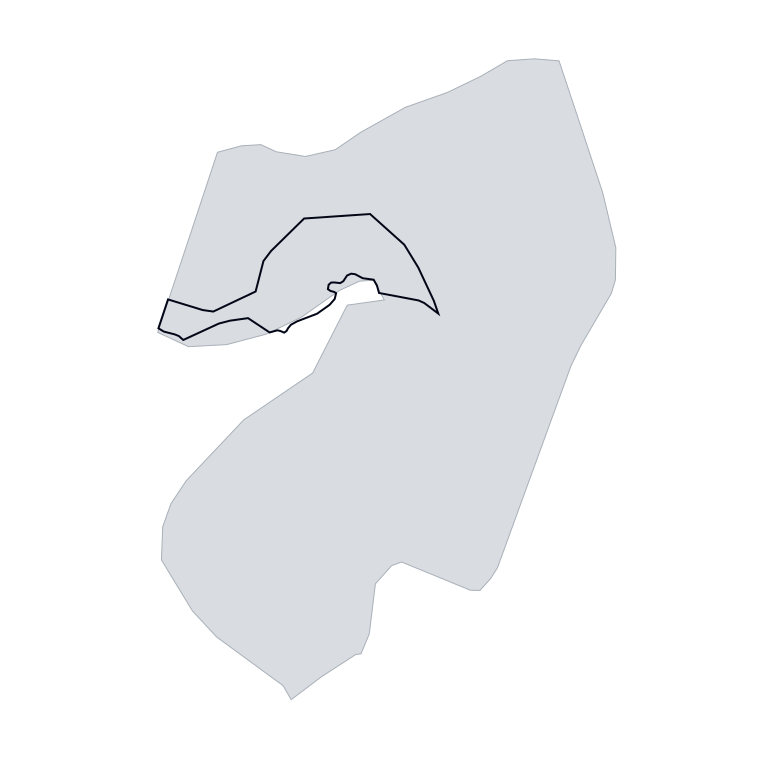 Djibouti, with Arta highlighted, rotated 166°
{"feature_id": "DJI-1568", "entity_name": "Arta", "entity_type": "Region", "adm_level": 1, "iso_a3": "DJI", "parent_name": "Djibouti", "parent_adm1": "", "projection": "mercator", "projection_center": [42.782, 11.46], "detail": "coarse", "context": "in_parent", "style": "outline", "palette": "ink", "viewbox_px": 768, "rotation_deg": 166, "n_neighbors": 0, "source": "natural_earth", "source_scale": "10m", "svg_char_len": 1500}
<svg xmlns="http://www.w3.org/2000/svg" viewBox="0 0 768 768"><g transform="rotate(166 384 384)"><path d="M591.1,488.8L563.8,531.8L529.0,586.7L489.5,649.1L464.8,649.6L445.5,646.0L432.4,635.4L405.3,623.8L374.7,623.1L345.6,633.9L296.3,647.3L251.7,651.6L215.8,659.1L186.1,667.8L159.3,663.1L136.0,655.2L130.9,588.8L125.5,516.6L126.1,460.1L134.3,429.0L141.5,416.9L183.6,373.8L198.2,356.3L246.3,285.1L287.6,223.9L318.4,178.2L327.9,169.2L340.9,160.5L350.1,163.0L410.1,207.1L420.6,205.9L440.7,192.2L458.8,145.0L471.6,127.8L477.1,128.3L515.5,115.1L550.4,100.2L554.9,115.7L607.6,179.0L624.8,210.2L642.5,267.1L633.3,298.9L619.6,319.5L599.3,338.0L528.8,383.1L450.6,411.9L400.6,469.4L363.4,465.5L369.1,487.3L382.9,489.7L404.6,485.6L447.7,468.9L485.9,460.9L527.2,460.3L564.6,467.5L591.1,488.8Z" fill="#d9dde1" stroke="#a8b0b8" stroke-width="1"/><path d="M589.4,492.6L573.1,518.3L542.0,499.6L532.1,495.6L486.2,504.8L471.2,532.5L461.4,540.4L421.5,563.9L356.4,552.3L330.6,514.2L322.6,488.8L315.5,452.6L314.3,439.2L325.4,452.9L330.2,456.7L366.8,473.5L367.0,481.2L368.8,487.7L379.1,491.8L385.4,497.5L389.2,499.0L393.6,498.2L398.6,493.6L402.1,492.5L407.8,494.6L410.8,495.2L413.7,493.7L415.5,489.6L413.4,487.2L410.2,485.5L408.5,483.7L411.3,478.4L417.6,474.0L431.9,468.4L453.2,465.8L460.0,464.0L463.3,461.6L465.8,459.0L468.4,458.0L471.9,460.6L474.5,461.9L482.5,461.7L500.0,480.8L518.1,482.7L529.6,482.6L568.1,475.3L571.5,480.2L575.1,482.8L584.9,488.1L589.4,492.6Z" fill="none" stroke="#020617" stroke-width="2"/></g></svg>